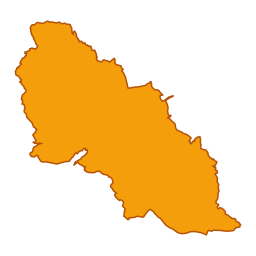 Ponoarele, Mehedinti, Romania
{"feature_id": "2599482B4179023140434", "entity_name": "Ponoarele", "entity_type": "district", "adm_level": 2, "iso_a3": "ROU", "parent_name": "Romania", "parent_adm1": "Mehedinti", "projection": "orthographic", "projection_center": [22.761, 44.974], "detail": "fine", "context": "isolated", "style": "filled", "palette": "amber", "viewbox_px": 256, "rotation_deg": 0, "n_neighbors": 0, "source": "geoboundaries", "source_scale": "gbopen_adm2", "svg_char_len": 5685}
<svg xmlns="http://www.w3.org/2000/svg" viewBox="0 0 256 256"><path d="M238.8,222.5L237.2,221.9L235.8,220.6L235.8,219.7L235.1,218.8L234.5,218.5L232.2,218.6L231.2,217.6L229.9,217.0L229.6,216.5L227.7,215.0L225.4,214.2L225.4,212.3L225.2,211.8L223.9,209.8L223.4,209.6L222.4,208.5L220.1,207.7L218.5,208.8L217.7,208.3L217.3,207.1L218.5,205.4L218.6,204.9L218.2,204.3L216.2,203.2L215.9,202.4L216.3,200.5L217.1,200.0L218.0,197.0L217.9,194.4L219.0,190.4L218.3,188.3L218.2,186.9L218.8,184.7L216.9,181.1L217.5,179.1L217.3,177.5L216.5,176.7L216.4,176.0L215.9,175.5L215.2,173.9L215.4,173.4L217.1,173.2L217.4,172.7L217.1,170.6L215.8,170.2L215.2,169.5L215.7,168.3L215.6,167.4L215.3,166.9L214.9,166.7L214.6,166.8L214.6,167.2L214.0,167.1L213.1,165.9L214.9,165.5L216.1,164.0L216.8,162.0L216.6,161.6L214.7,160.8L213.6,159.1L213.2,158.9L212.4,159.5L211.6,158.4L210.0,157.5L208.4,155.5L207.7,152.3L205.6,149.8L203.3,149.6L200.8,148.5L200.6,147.8L200.7,146.3L201.1,145.1L200.3,142.2L200.5,141.7L200.5,140.1L200.1,137.0L199.6,136.6L198.9,137.1L197.5,137.1L195.3,138.6L194.8,140.0L194.4,140.4L194.5,141.1L193.8,140.7L193.1,141.1L191.7,143.0L191.5,143.6L190.9,143.7L190.2,143.2L190.0,142.2L190.2,141.4L189.1,141.0L191.1,137.9L188.7,135.8L185.9,134.1L183.1,133.4L182.3,132.4L177.2,130.2L176.2,129.0L175.6,127.7L175.1,124.2L174.4,123.1L171.6,120.9L169.2,118.2L167.7,117.9L168.6,116.9L170.1,116.8L170.8,115.9L170.6,115.3L169.3,115.6L168.7,115.2L168.1,114.1L167.5,110.5L167.9,109.3L168.0,107.5L167.4,105.0L166.9,103.9L166.9,103.1L166.4,102.5L166.0,102.4L165.7,101.7L165.9,100.7L167.2,99.4L170.3,97.4L171.9,97.0L173.6,95.6L168.8,97.1L164.2,100.6L162.1,101.1L160.8,99.5L160.1,97.7L159.9,95.8L162.6,95.0L159.5,91.6L159.1,90.8L157.7,89.9L155.0,89.8L152.7,87.9L151.4,86.0L151.7,84.6L151.0,81.8L150.7,81.6L149.9,82.0L149.6,83.1L147.6,83.6L145.5,85.3L144.4,85.7L137.7,87.0L135.5,87.0L129.0,88.1L128.0,88.0L125.5,77.2L123.4,72.7L121.9,70.9L121.8,70.4L123.1,69.5L121.5,67.7L121.0,66.7L121.2,66.0L116.3,64.6L115.0,63.3L115.1,62.4L114.8,61.0L115.1,59.8L114.4,58.6L114.0,58.4L109.6,62.1L108.2,61.1L103.7,59.9L102.9,60.2L101.9,61.7L101.3,62.0L99.0,61.1L97.5,60.9L97.1,60.4L96.8,58.7L96.3,58.4L97.1,57.1L96.8,57.0L96.5,55.8L96.4,54.0L95.7,53.0L95.6,52.0L94.4,50.9L94.9,50.6L94.8,50.3L92.3,50.3L91.8,50.1L91.6,49.5L91.6,48.7L91.0,47.2L91.1,46.9L90.7,46.3L90.2,46.6L89.5,46.0L88.4,45.8L88.2,46.1L87.5,45.1L85.5,44.8L85.2,43.1L84.3,42.7L83.7,43.3L82.5,43.4L82.0,42.4L82.0,41.6L80.9,41.2L79.7,41.7L79.2,41.7L79.1,41.3L79.4,40.9L78.1,39.4L78.4,39.1L76.2,36.7L76.6,36.1L76.5,34.9L75.3,32.0L74.2,31.2L72.9,33.3L73.2,34.0L72.2,33.4L71.6,27.7L70.7,26.4L70.4,24.9L70.0,25.0L69.3,24.3L66.6,24.3L65.4,23.4L64.6,23.2L61.7,23.8L59.4,22.1L57.3,22.8L54.5,22.7L52.2,21.9L50.1,22.2L47.7,21.2L46.3,21.6L44.4,22.9L42.5,23.3L37.1,22.5L34.9,24.5L33.4,25.0L32.3,24.8L30.9,26.2L30.2,28.3L30.8,29.1L30.7,31.2L31.4,33.2L31.4,33.8L31.7,34.1L31.9,35.2L32.8,36.2L33.4,37.7L33.9,38.3L33.7,39.0L35.3,41.6L35.7,43.4L37.6,45.9L37.4,46.1L37.5,46.8L35.8,49.1L31.9,48.1L29.6,49.0L29.8,49.6L29.3,50.8L27.5,51.2L26.6,52.0L25.0,52.1L25.3,53.0L25.0,53.4L25.3,53.5L26.5,53.0L26.5,53.4L26.1,54.0L26.4,55.1L26.2,55.5L25.1,56.1L24.8,57.3L22.2,58.5L22.2,59.2L20.8,61.0L20.3,62.0L20.2,63.4L20.9,63.5L21.3,64.0L20.6,64.5L20.6,65.1L18.5,66.6L18.2,67.2L18.5,67.6L17.1,67.8L16.8,68.1L16.5,69.5L15.4,71.4L15.7,73.9L16.2,75.2L18.3,76.1L19.4,77.1L20.1,78.9L21.5,79.7L21.3,80.5L20.6,81.1L21.2,81.1L21.1,81.7L20.1,82.3L21.5,83.5L22.4,85.2L23.8,86.3L24.5,88.5L25.9,89.9L26.0,91.3L25.8,91.7L22.7,94.9L22.0,96.1L21.5,98.7L21.8,98.9L21.5,99.4L22.3,100.2L22.2,100.7L22.7,102.2L22.6,103.1L22.0,103.9L23.1,104.2L24.0,104.7L25.0,107.7L25.0,108.2L24.2,110.1L24.2,111.9L26.3,114.2L26.7,116.9L27.1,117.7L31.9,122.6L33.6,127.0L34.4,127.4L36.8,129.5L36.1,130.1L35.9,131.2L35.3,132.3L33.4,134.1L32.9,135.1L36.0,140.6L35.6,141.6L34.4,142.3L33.4,142.1L33.3,142.5L34.6,143.3L37.1,143.5L39.2,143.1L41.0,143.5L38.0,144.5L36.0,146.2L34.6,146.7L33.8,147.5L33.1,148.8L32.7,151.2L32.0,152.0L30.2,153.1L29.9,154.2L31.2,156.4L34.3,157.0L35.7,155.6L36.8,155.3L37.1,155.9L37.8,155.8L38.8,158.4L40.9,161.3L42.5,162.0L45.6,161.8L56.9,164.0L65.5,161.6L69.1,161.4L71.6,158.1L72.7,157.2L74.9,153.9L75.6,153.7L76.4,152.6L77.5,153.6L79.0,151.7L80.8,150.7L82.2,150.8L83.6,148.5L85.0,148.8L85.2,148.5L85.6,149.2L85.5,150.2L86.2,150.1L86.5,149.5L87.2,149.9L87.4,150.5L87.1,150.8L87.4,151.2L87.4,152.2L84.8,155.4L81.8,157.4L81.0,158.8L75.1,162.2L74.1,164.9L73.6,165.4L77.0,162.6L77.9,162.3L79.8,164.4L82.0,165.3L83.1,166.2L85.1,166.6L85.2,167.4L84.4,167.7L84.9,169.5L84.4,169.8L84.7,170.4L86.4,171.7L88.8,172.5L94.3,172.7L95.9,171.7L97.6,171.2L98.5,171.5L99.8,171.2L101.2,172.9L102.3,173.6L103.5,174.3L107.6,175.2L108.1,175.6L108.6,176.9L111.0,177.5L112.4,179.8L113.0,182.1L112.0,184.1L111.3,184.3L110.6,186.3L110.6,186.9L111.7,187.8L113.5,190.8L116.5,193.3L115.0,194.3L114.7,195.5L116.0,197.4L119.3,200.4L120.7,199.8L123.4,201.4L123.5,202.3L122.6,206.3L124.5,208.0L125.1,209.3L124.4,211.4L123.9,216.3L124.9,216.7L126.1,218.1L127.2,218.8L127.7,219.6L128.6,219.6L129.2,218.9L129.1,217.9L134.8,217.3L136.8,216.4L138.2,216.3L141.9,217.1L143.3,217.1L144.1,216.5L144.1,216.0L147.8,211.2L149.9,209.3L153.5,211.6L154.6,213.4L156.3,214.9L158.0,217.0L160.0,218.1L161.3,219.4L164.2,223.2L166.4,225.6L170.7,228.3L172.5,228.8L176.6,231.9L178.9,233.1L182.4,233.7L185.8,233.3L188.9,232.4L189.2,231.8L194.4,231.5L200.9,232.6L206.4,234.8L207.4,232.0L208.5,230.3L211.5,231.2L212.0,231.1L213.5,230.2L214.3,230.2L222.6,230.6L223.4,230.9L227.4,231.2L232.5,230.8L234.1,229.9L235.8,227.7L237.8,227.4L238.6,227.0L239.8,227.0L240.0,225.6L240.6,224.5L239.5,223.8L239.4,223.1L238.8,222.5Z" fill="#f59e0b" stroke="#b45309" stroke-width="1.5"/></svg>